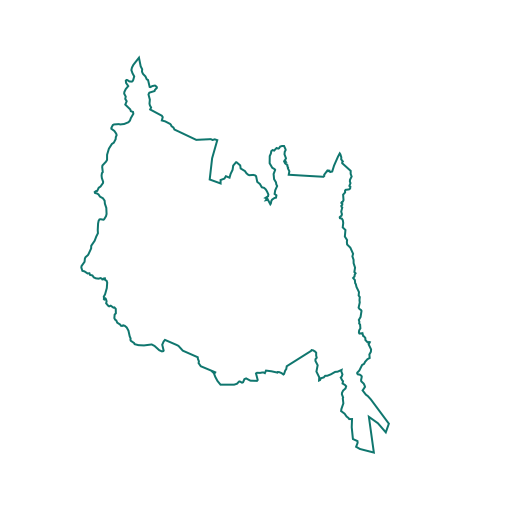 Kota Pematang Siantar, Sumatera Utara, Indonesia (Albers equal-area conic projection), rotated 292°
{"feature_id": "22746128B46755595316405", "entity_name": "Kota Pematang Siantar", "entity_type": "district", "adm_level": 2, "iso_a3": "IDN", "parent_name": "Indonesia", "parent_adm1": "Sumatera Utara", "projection": "albers", "projection_center": [99.064, 2.955], "detail": "fine", "context": "isolated", "style": "outline", "palette": "teal", "viewbox_px": 512, "rotation_deg": 292, "n_neighbors": 0, "source": "geoboundaries", "source_scale": "gbopen_adm2", "svg_char_len": 6068}
<svg xmlns="http://www.w3.org/2000/svg" viewBox="0 0 512 512"><g transform="rotate(292 256 256)"><path d="M370.4,73.2L370.9,70.9L370.7,70.0L369.8,69.6L367.8,70.7L365.7,73.9L362.0,72.7L358.7,72.5L357.1,73.0L355.0,75.5L352.7,75.9L351.1,78.1L347.4,78.1L344.8,84.5L343.4,85.7L343.5,88.0L341.9,89.0L337.0,88.3L334.3,88.4L332.2,87.6L329.0,84.3L327.1,80.8L326.9,79.4L324.8,75.1L323.8,74.2L320.7,73.9L319.8,74.2L318.9,77.8L317.1,80.5L315.9,81.5L313.7,81.5L311.7,82.1L307.8,81.7L305.9,80.4L300.4,79.4L294.1,80.0L289.3,81.9L287.3,81.6L282.4,79.7L280.8,80.1L276.4,82.5L275.1,82.1L272.7,82.7L270.5,83.9L267.5,86.5L266.3,86.8L262.1,85.8L260.4,84.6L256.9,84.4L256.1,83.2L254.9,82.5L254.1,83.2L254.4,85.1L254.1,86.9L252.6,89.1L252.2,92.4L250.6,94.9L247.9,96.3L244.5,99.2L239.0,101.7L236.7,102.0L233.1,101.4L232.5,101.0L231.9,98.2L231.3,97.2L229.7,96.9L227.0,97.4L220.9,99.5L217.9,100.9L214.2,100.6L209.7,100.7L203.8,99.4L201.2,100.3L195.0,100.0L193.8,99.8L191.1,98.4L189.6,98.3L186.4,99.2L181.3,98.0L179.8,98.4L177.2,100.6L177.5,102.7L176.7,106.4L177.6,108.0L176.3,109.2L176.7,111.6L175.4,113.6L175.3,115.9L176.0,118.5L177.3,120.2L177.2,121.7L176.7,122.3L177.0,123.0L178.4,123.5L178.7,124.3L177.4,124.9L177.0,126.8L175.6,128.0L170.3,129.7L164.0,130.4L161.2,130.1L160.2,130.8L159.0,131.1L158.8,131.7L160.2,132.4L159.8,133.0L158.1,134.4L156.0,134.8L154.5,137.6L154.3,138.7L155.5,139.9L154.7,143.2L155.3,144.0L154.4,145.8L150.4,147.5L148.7,146.9L145.4,147.9L144.2,149.2L143.9,150.6L142.2,152.3L141.6,155.5L140.7,157.2L141.3,158.6L142.0,158.8L142.1,160.5L141.3,162.9L139.0,165.7L134.2,169.0L132.6,170.6L131.2,171.0L130.5,171.7L129.6,175.6L128.8,176.5L129.3,180.4L131.1,185.6L134.9,192.4L134.6,195.6L132.4,201.6L132.3,204.5L133.1,205.7L133.7,205.8L138.6,202.3L142.1,202.4L144.1,203.0L143.8,215.8L143.6,217.8L140.8,223.6L140.3,239.9L138.8,240.7L137.0,242.5L135.2,242.9L133.1,246.1L132.9,262.7L132.1,259.5L131.6,260.8L128.7,263.5L125.7,267.1L123.4,271.3L128.5,283.9L130.4,286.2L133.2,287.3L133.6,287.9L133.3,290.5L134.1,291.3L137.5,291.4L138.8,292.7L138.3,297.5L140.6,303.7L141.7,304.0L147.1,300.0L148.1,300.7L149.2,303.7L150.2,305.2L150.8,306.5L150.7,308.1L153.5,308.2L154.9,313.5L155.9,319.5L156.5,319.5L157.0,320.9L157.0,323.5L156.4,325.8L157.1,326.2L160.7,326.0L162.5,326.4L165.3,325.8L188.6,342.6L189.6,342.8L189.9,344.4L189.6,346.4L188.9,348.0L186.2,349.1L184.4,350.4L182.6,349.8L181.0,350.4L177.8,354.1L171.5,355.3L167.2,360.1L164.2,361.1L164.9,361.8L167.0,362.0L168.8,364.3L170.8,365.0L171.7,367.0L174.4,369.8L178.2,372.8L179.3,375.0L182.4,378.0L181.1,378.2L178.6,380.5L176.3,380.6L175.1,380.1L173.0,382.5L172.5,383.6L170.2,384.0L169.8,386.7L169.0,388.4L166.7,388.6L163.9,387.2L161.4,387.0L160.0,387.4L157.4,389.8L156.5,389.8L152.1,392.2L146.1,392.5L144.1,393.0L143.0,397.2L141.1,400.1L140.4,402.5L139.7,403.5L140.8,406.1L133.1,408.9L123.2,414.1L122.6,414.5L122.4,419.4L120.9,420.2L116.6,420.3L116.0,424.7L117.9,438.9L149.2,420.9L146.6,431.7L141.1,442.4L150.3,442.0L166.1,416.1L168.0,412.2L168.6,409.8L171.3,405.2L175.5,406.1L176.6,405.2L178.0,403.7L179.2,400.6L180.3,399.9L183.7,399.3L184.4,398.6L184.9,396.5L184.4,395.0L184.9,393.9L185.8,393.6L188.5,394.7L194.7,395.2L196.5,396.6L198.8,396.8L202.1,398.0L204.0,399.6L207.2,398.0L210.2,398.4L212.5,397.7L216.2,393.6L218.7,393.8L218.6,392.9L217.7,392.4L217.7,391.9L219.1,388.9L220.9,388.1L221.9,386.3L222.0,385.3L224.2,383.7L223.6,383.3L223.8,382.4L222.9,381.4L222.9,380.7L223.8,380.0L225.8,379.5L228.0,379.9L231.4,378.2L232.1,376.9L233.7,376.5L235.2,375.3L238.6,375.8L244.6,374.4L245.2,373.7L245.6,371.9L246.5,370.5L251.8,369.6L253.8,368.5L256.8,367.6L257.8,366.0L261.1,365.0L265.0,360.7L267.2,359.2L268.0,358.1L270.7,356.7L272.0,354.3L273.9,355.0L275.8,354.5L277.3,354.8L278.0,353.2L282.3,352.2L285.9,349.2L289.0,347.9L291.8,345.5L294.4,345.2L299.1,340.3L300.8,336.2L303.0,335.0L304.9,334.5L307.3,331.1L313.6,329.2L315.0,325.7L319.3,324.5L321.7,323.1L322.8,321.6L322.5,319.7L323.1,319.2L323.5,319.1L325.5,320.2L327.0,320.0L329.0,318.4L333.3,317.8L333.7,316.8L334.4,316.3L335.8,316.8L336.7,316.5L337.2,315.2L338.1,315.3L338.8,316.1L340.6,316.2L345.5,313.8L348.3,314.8L349.9,314.1L350.9,314.3L352.6,317.3L353.8,318.0L355.6,317.5L355.7,316.6L356.1,316.3L359.0,316.3L360.1,315.2L361.8,314.6L365.5,314.9L367.6,313.0L370.4,311.9L374.3,301.2L375.3,300.8L376.2,301.1L377.5,298.8L379.5,298.1L381.9,296.1L382.5,295.2L378.7,294.8L369.1,294.5L362.9,295.0L361.7,293.4L362.0,292.4L362.5,292.1L361.8,291.2L362.3,290.8L362.1,290.2L356.9,288.8L355.7,289.3L354.7,288.8L349.8,274.4L343.6,255.9L347.0,255.2L349.3,252.7L350.1,252.6L350.6,251.7L352.0,251.1L352.8,248.3L354.3,246.6L355.0,246.7L354.9,247.9L355.7,247.0L357.8,247.2L361.0,244.3L363.4,243.6L365.3,243.8L365.9,243.5L368.5,240.8L367.8,239.0L366.5,237.4L364.5,237.0L363.9,236.4L363.8,234.6L360.5,233.3L360.5,231.8L360.1,231.5L358.9,230.9L356.6,231.4L353.8,231.3L347.1,233.9L343.9,238.0L343.5,240.7L343.0,241.5L338.6,241.6L334.0,244.0L331.8,246.9L330.0,248.0L328.8,249.4L324.2,249.2L320.5,250.0L319.9,252.2L317.6,252.7L316.7,251.4L314.3,249.8L312.8,249.6L310.2,250.1L309.3,249.9L312.6,246.0L311.5,244.3L313.4,244.7L313.4,243.0L315.9,244.8L317.7,244.4L319.9,242.1L321.4,240.1L322.2,238.0L321.9,235.6L324.2,232.7L325.2,229.4L330.0,226.2L330.4,225.1L330.2,223.2L328.4,219.5L328.4,218.3L329.1,216.2L330.6,213.9L331.4,209.0L334.1,207.4L335.6,202.9L335.5,202.4L331.3,201.0L327.1,202.0L322.7,201.7L318.7,202.1L318.7,198.2L315.9,197.7L313.2,194.7L310.0,196.0L309.6,184.4L330.2,178.7L348.9,176.7L348.7,174.0L347.3,172.3L347.4,170.3L341.3,157.1L342.7,133.0L344.2,131.3L344.7,129.1L345.9,127.8L346.3,126.8L346.8,121.3L346.4,117.9L349.8,117.5L350.8,116.1L352.2,103.0L354.4,103.1L355.8,101.3L357.3,100.2L361.2,99.0L365.5,95.8L367.4,95.9L367.9,96.4L370.9,100.1L372.2,100.1L374.8,101.1L375.5,100.7L376.2,98.9L376.1,98.3L374.7,96.2L373.0,94.8L372.9,94.1L378.7,90.0L378.9,88.5L381.1,86.2L382.4,83.2L383.4,82.0L384.3,81.2L386.5,80.5L388.7,78.0L396.0,73.2L387.4,70.7L384.3,70.4L381.7,70.8L379.2,73.0L376.9,75.8L373.4,76.2L372.1,76.1L371.2,75.6L370.4,73.2Z" fill="none" stroke="#0f766e" stroke-width="2"/></g></svg>